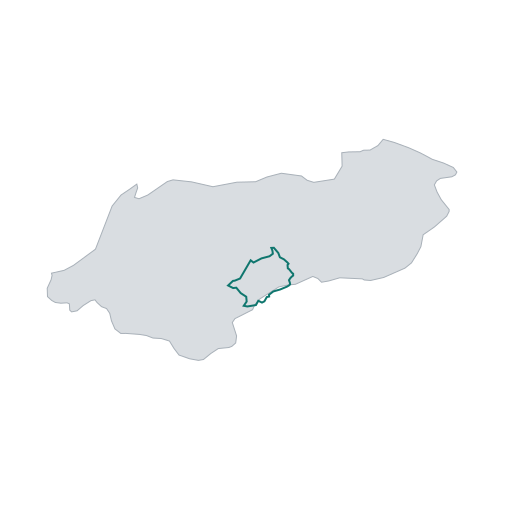 Librazhd, Elbasan, Albania shown in context, rotated 80°
{"feature_id": "67620474B87569046172350", "entity_name": "Librazhd", "entity_type": "district", "adm_level": 2, "iso_a3": "ALB", "parent_name": "Albania", "parent_adm1": "Elbasan", "projection": "albers", "projection_center": [20.392, 41.155], "detail": "fine", "context": "in_parent", "style": "outline", "palette": "teal", "viewbox_px": 512, "rotation_deg": 80, "n_neighbors": 0, "source": "geoboundaries", "source_scale": "gbopen_adm2", "svg_char_len": 2138}
<svg xmlns="http://www.w3.org/2000/svg" viewBox="0 0 512 512"><g transform="rotate(80 256 256)"><path d="M169.2,153.6L169.6,146.6L171.4,135.4L170.5,131.7L171.5,125.3L168.4,116.7L163.2,110.5L168.4,99.7L176.0,86.7L183.0,76.3L191.4,65.6L197.0,55.2L203.1,46.3L208.2,43.6L210.7,45.5L212.0,49.4L211.6,61.0L213.4,65.1L216.9,68.0L224.4,66.6L232.7,63.8L243.8,57.7L245.7,58.1L249.9,61.3L258.4,75.3L264.1,87.7L275.4,92.0L281.7,96.8L289.8,104.1L293.8,111.4L299.3,133.9L300.0,147.4L298.4,153.6L297.0,155.2L292.0,177.3L293.2,188.6L293.2,196.0L288.9,199.0L286.0,203.6L290.7,222.0L290.1,229.9L290.4,238.9L298.8,259.4L303.8,265.7L308.3,268.7L314.0,287.6L317.4,290.9L331.3,289.0L338.1,291.1L340.8,295.5L341.4,298.6L340.6,309.2L344.1,317.3L348.8,325.7L348.8,330.8L345.7,339.2L340.2,349.0L332.8,352.8L324.7,356.0L320.8,363.7L318.9,371.7L315.3,377.7L313.0,384.3L309.6,397.7L308.8,402.6L303.3,407.6L294.7,409.6L287.0,410.0L281.8,412.3L279.1,416.9L274.2,420.6L271.2,422.2L271.3,426.3L274.8,434.8L278.9,441.7L279.0,447.3L277.0,448.8L270.7,448.1L269.3,450.2L268.6,456.4L266.9,461.7L264.3,464.9L259.8,468.4L251.5,467.2L243.8,461.9L239.7,460.2L237.4,460.4L236.8,447.4L233.5,437.3L221.4,412.9L181.8,389.0L172.5,378.3L168.5,369.3L164.5,360.9L168.4,360.7L172.3,362.9L177.2,365.5L179.3,361.3L177.2,352.1L167.3,330.4L166.6,324.5L171.8,306.6L180.3,286.4L180.0,262.0L182.8,243.5L180.1,231.5L178.9,216.7L185.1,197.3L190.3,192.5L193.5,186.3L193.9,165.5L182.5,155.6L169.2,153.6Z" fill="#d9dde1" stroke="#a8b0b8" stroke-width="1"/><path d="M264.1,229.1L261.4,232.7L256.9,233.5L251.0,237.0L250.7,239.5L253.6,238.9L256.7,239.0L258.6,242.7L259.3,251.0L262.0,259.6L259.3,262.0L275.4,275.6L276.6,281.2L276.5,283.0L280.2,288.6L283.6,284.1L283.8,280.9L289.9,277.5L294.4,272.7L299.2,273.1L302.9,276.7L304.2,273.3L304.3,264.6L300.5,261.5L302.9,258.2L302.1,255.6L298.3,252.5L298.2,250.1L296.4,249.9L293.9,245.1L293.2,238.2L291.6,231.0L290.7,228.6L289.8,227.3L288.0,227.3L285.5,227.7L283.8,226.1L282.6,224.5L281.7,222.8L279.9,222.5L278.7,223.6L276.8,224.6L274.6,225.8L273.7,226.8L270.3,226.5L269.3,225.3L267.8,226.2L264.1,229.1Z" fill="none" stroke="#0f766e" stroke-width="2"/></g></svg>